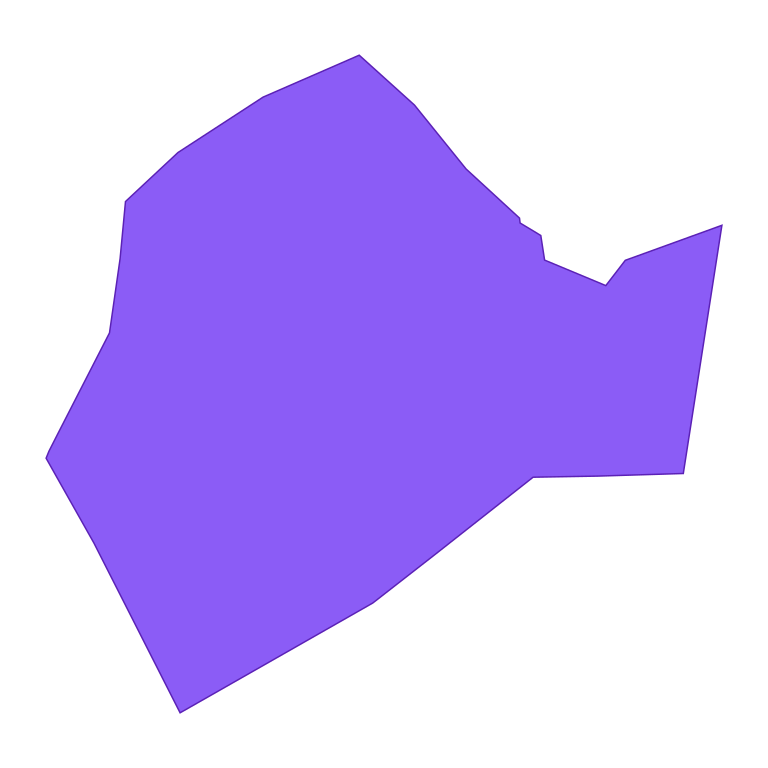 the district of Bayanjargalan, Dundgovi, Mongolia
{"feature_id": "93677404B99801901120424", "entity_name": "Bayanjargalan", "entity_type": "district", "adm_level": 2, "iso_a3": "MNG", "parent_name": "Mongolia", "parent_adm1": "Dundgovi", "projection": "natural_earth1", "projection_center": [108.081, 45.774], "detail": "fine", "context": "isolated", "style": "filled", "palette": "violet", "viewbox_px": 768, "rotation_deg": 0, "n_neighbors": 0, "source": "geoboundaries", "source_scale": "gbopen_adm2", "svg_char_len": 438}
<svg xmlns="http://www.w3.org/2000/svg" viewBox="0 0 768 768"><path d="M414.5,105.1L359.2,55.2L263.1,97.1L178.0,152.5L125.5,201.5L120.1,258.6L109.5,332.9L57.8,433.8L49.0,451.1L46.1,458.2L93.9,543.0L180.1,712.8L372.8,603.0L434.5,554.9L533.1,477.2L597.6,476.1L683.3,473.5L721.9,225.3L625.3,260.3L605.8,285.6L544.6,260.1L540.8,235.5L520.1,223.0L519.5,218.1L466.1,169.0L414.5,105.1Z" fill="#8b5cf6" stroke="#5b21b6" stroke-width="1.5"/></svg>